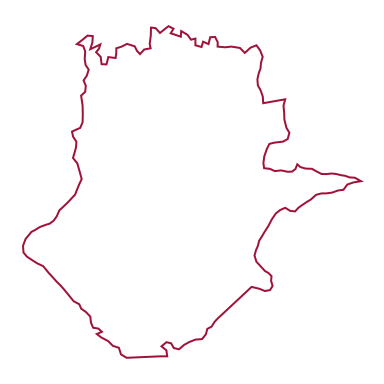 Vargem Bonita, Santa Catarina, Brazil (Mercator projection)
{"feature_id": "56859067B32510958714119", "entity_name": "Vargem Bonita", "entity_type": "district", "adm_level": 2, "iso_a3": "BRA", "parent_name": "Brazil", "parent_adm1": "Santa Catarina", "projection": "mercator", "projection_center": [-51.749, -26.945], "detail": "fine", "context": "isolated", "style": "outline", "palette": "rose", "viewbox_px": 384, "rotation_deg": 0, "n_neighbors": 0, "source": "geoboundaries", "source_scale": "gbopen_adm2", "svg_char_len": 2645}
<svg xmlns="http://www.w3.org/2000/svg" viewBox="0 0 384 384"><path d="M215.1,37.0L210.2,37.2L208.5,44.1L203.1,41.7L201.5,47.0L195.4,45.3L195.4,38.6L191.0,39.7L187.5,34.8L181.2,31.1L180.8,36.7L175.3,34.8L170.7,33.3L173.5,28.7L168.5,26.2L164.7,29.1L160.0,33.0L155.6,28.1L151.0,27.6L150.8,35.5L149.7,43.9L150.6,48.3L144.2,49.5L140.0,54.1L137.0,50.9L134.7,46.3L127.0,43.9L121.7,46.6L116.3,48.3L116.3,52.9L115.6,58.0L108.3,57.1L106.5,64.4L101.6,64.2L100.7,56.9L96.1,52.2L99.0,48.6L100.3,44.4L95.0,47.0L90.3,49.2L92.4,42.4L92.8,36.1L87.5,35.6L83.0,39.4L76.9,44.1L83.2,46.0L85.2,51.4L84.7,59.0L85.6,65.0L88.7,69.6L86.8,75.7L83.6,80.4L85.8,85.8L85.2,91.8L81.1,95.6L82.6,105.6L82.8,114.5L82.6,122.3L80.2,127.9L76.0,129.7L72.0,131.6L73.1,136.7L76.4,141.7L76.0,147.3L74.7,152.2L73.0,158.0L77.3,163.3L79.0,169.3L80.4,174.3L81.7,179.0L79.0,184.8L76.9,190.0L75.1,194.6L71.6,198.3L68.4,201.8L64.4,205.7L59.4,210.3L56.8,216.2L53.7,220.6L49.8,223.6L45.8,224.8L39.7,227.1L35.1,230.0L31.4,231.9L28.5,235.4L25.5,239.1L23.0,245.9L23.5,252.6L27.0,256.7L32.1,260.1L37.3,263.4L43.1,266.1L48.7,272.9L52.6,277.1L56.5,281.5L61.1,286.1L64.4,289.9L68.6,295.0L73.6,301.2L79.3,304.3L81.2,308.7L85.8,311.9L90.3,316.6L91.0,322.7L93.1,327.7L98.4,328.6L101.9,331.8L96.8,334.0L101.2,337.4L108.2,341.1L112.8,345.8L118.9,347.8L121.0,354.4L126.6,357.8L160.8,356.3L167.2,356.3L166.4,350.4L161.5,346.3L166.5,342.2L171.1,343.3L173.8,348.0L179.0,349.3L184.1,344.9L189.1,342.1L195.4,339.6L202.0,339.1L205.9,334.3L207.3,328.9L211.6,326.6L214.6,321.8L217.6,318.6L251.6,286.9L259.5,288.8L264.8,291.0L270.0,290.1L272.6,286.0L271.1,281.0L271.5,276.1L268.6,273.1L264.8,270.9L261.0,266.7L256.4,261.7L254.5,255.5L256.0,250.1L257.9,245.9L259.1,240.8L261.7,236.8L264.7,231.7L268.2,226.3L271.8,219.4L275.7,213.6L280.0,210.1L285.2,207.8L290.3,210.9L295.1,211.4L298.4,207.8L302.3,205.0L306.4,202.2L310.9,199.5L316.1,194.8L321.6,193.4L326.2,193.4L332.1,192.6L338.0,190.5L343.4,189.8L347.4,184.5L353.5,182.4L361.0,181.2L354.8,177.7L349.5,177.4L345.2,175.8L341.0,175.2L336.3,174.0L331.4,173.5L327.0,174.1L321.6,174.0L315.7,171.0L312.0,168.8L305.8,168.6L300.4,167.1L297.3,164.3L295.4,169.1L292.0,171.6L287.9,171.8L281.0,170.4L274.8,171.1L269.8,168.8L264.1,168.2L263.4,163.0L264.3,156.3L266.9,148.8L269.4,143.9L273.6,142.8L277.9,142.2L283.1,141.6L287.7,139.0L289.4,132.8L286.4,127.7L284.4,119.6L284.2,113.0L283.5,105.6L285.2,99.3L263.2,103.2L262.8,96.6L260.5,90.1L257.9,85.5L257.4,79.3L258.8,73.0L260.5,68.6L261.0,62.7L262.7,56.9L260.2,50.5L256.4,45.3L250.5,47.7L244.8,52.9L240.0,48.0L235.4,47.2L231.3,46.6L225.1,47.3L217.6,46.6L217.7,42.1L215.1,37.0Z" fill="none" stroke="#9f1239" stroke-width="2"/></svg>